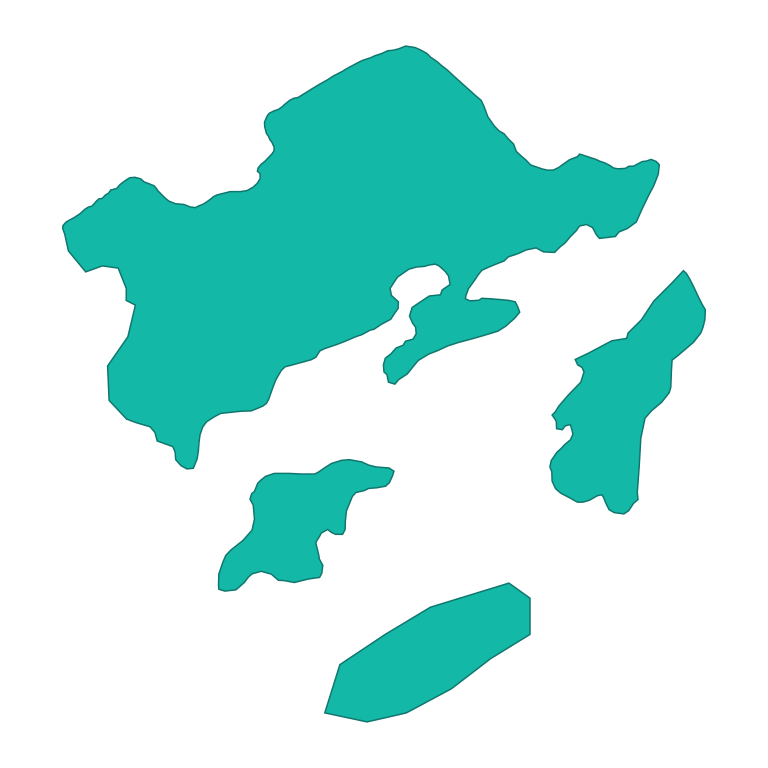 Haninge, Stockholm, Sweden
{"feature_id": "70781695B75191882374760", "entity_name": "Haninge", "entity_type": "district", "adm_level": 2, "iso_a3": "SWE", "parent_name": "Sweden", "parent_adm1": "Stockholm", "projection": "mercator", "projection_center": [18.21, 59.063], "detail": "fine", "context": "isolated", "style": "filled", "palette": "teal", "viewbox_px": 768, "rotation_deg": 0, "n_neighbors": 0, "source": "geoboundaries", "source_scale": "gbopen_adm2", "svg_char_len": 5403}
<svg xmlns="http://www.w3.org/2000/svg" viewBox="0 0 768 768"><path d="M157.2,441.0L172.8,446.6L175.1,452.0L175.7,459.7L181.1,465.7L186.9,468.9L193.3,468.3L197.1,459.0L198.4,450.7L199.0,442.5L200.0,434.8L202.8,426.8L206.7,421.7L214.6,416.6L220.7,413.4L229.3,412.5L241.1,411.2L251.3,410.9L262.8,406.1L266.6,403.2L268.9,398.7L272.7,387.9L275.9,379.6L281.3,370.4L285.1,366.8L290.9,365.3L306.2,361.1L311.0,359.8L315.8,357.3L319.9,350.9L324.4,348.7L336.8,344.5L345.1,341.3L356.3,336.5L362.0,334.6L365.5,332.7L370.0,330.2L374.1,329.2L381.2,324.4L390.7,319.3L394.9,312.9L398.1,308.5L398.4,301.8L391.4,295.4L390.1,288.4L393.6,282.9L397.4,277.2L403.2,273.1L408.9,269.2L416.6,267.0L424.5,266.4L428.7,265.1L435.1,264.1L439.2,266.0L445.3,271.5L448.5,275.9L450.1,284.5L442.1,290.0L440.5,294.8L429.3,296.0L420.1,302.1L412.1,307.5L409.5,316.1L412.4,322.8L415.6,327.3L416.2,333.7L413.1,339.1L405.4,341.3L403.2,345.2L396.1,348.0L391.0,353.8L385.3,358.2L383.4,364.9L384.0,372.0L386.9,374.5L388.5,382.2L394.9,384.1L398.7,379.6L407.3,373.9L413.7,365.9L418.2,360.5L428.7,354.1L437.0,350.9L448.1,345.8L458.0,342.6L471.1,339.1L483.3,335.6L497.8,331.2L505.7,326.2L514.7,318.2L519.7,312.2L517.7,306.7L515.2,301.8L508.2,300.3L491.3,298.8L481.8,298.3L478.8,300.3L469.9,300.8L465.4,298.8L465.9,295.8L468.4,288.8L475.3,279.3L477.8,275.3L481.8,270.3L489.3,266.9L495.3,264.4L504.2,260.9L508.2,256.9L518.7,253.4L526.2,249.9L536.1,247.9L543.6,251.9L554.6,252.4L560.1,246.9L565.1,242.9L570.5,236.5L576.0,231.0L579.5,226.0L586.5,224.5L592.5,227.5L596.5,235.0L599.5,238.4L615.4,236.5L618.9,232.0L627.4,228.5L636.3,222.0L642.3,208.5L648.8,195.1L653.8,185.6L658.3,174.1L659.3,164.7L656.1,161.4L651.0,159.4L646.7,161.0L642.1,161.6L637.8,163.9L633.7,166.1L628.8,166.3L625.3,168.4L617.7,168.8L613.6,168.0L609.4,165.2L604.7,162.9L599.5,161.1L596.2,159.5L580.1,154.2L579.4,154.2L577.5,156.7L573.4,158.2L569.1,160.0L566.1,162.2L562.4,164.7L558.9,167.4L553.4,170.0L547.7,170.2L542.4,169.0L535.7,166.7L530.6,164.9L525.7,159.8L520.4,155.3L516.3,151.4L513.6,144.1L507.7,138.2L504.0,133.7L498.9,130.8L494.4,126.1L487.9,116.9L483.8,105.9L481.2,100.4L475.2,95.3L469.1,89.8L465.4,86.5L459.3,81.0L453.4,75.7L447.3,70.0L442.2,66.1L436.8,61.4L430.7,57.3L426.8,53.4L420.7,50.0L415.0,47.5L405.6,46.1L398.5,48.9L393.2,50.2L387.6,50.8L381.5,53.6L375.0,55.7L370.7,57.7L362.5,60.4L357.2,63.0L354.7,64.4L348.4,67.7L342.3,71.4L333.5,75.9L327.2,80.0L320.1,83.9L311.7,89.0L298.0,97.5L293.7,98.3L289.9,100.2L284.5,104.5L282.5,106.5L278.4,109.4L273.7,111.0L269.2,113.3L267.2,115.9L264.5,122.2L264.7,126.7L266.4,133.4L268.4,136.2L270.0,139.8L272.1,142.6L274.2,147.4L273.9,151.1L271.7,154.2L264.7,161.5L261.1,164.3L258.1,168.0L257.4,171.4L260.0,173.3L260.2,178.4L257.3,183.3L253.1,187.2L247.0,190.6L240.3,191.6L230.3,191.6L223.5,193.3L216.8,195.0L213.4,196.7L211.2,198.6L207.3,201.5L203.3,204.1L199.0,205.8L195.5,207.6L190.3,207.0L184.0,204.5L175.4,203.7L169.0,201.2L166.4,199.1L163.5,196.5L158.0,190.9L156.2,188.2L154.1,185.8L148.7,183.6L144.3,182.0L140.6,178.8L134.9,177.3L133.0,177.5L129.8,177.7L125.3,180.6L123.1,182.2L120.0,184.6L118.0,186.9L116.8,188.4L112.9,189.5L110.8,189.9L108.6,193.1L105.1,195.3L102.3,198.4L98.9,198.9L96.4,201.1L93.8,204.2L91.7,206.2L88.1,207.2L84.6,209.5L81.6,212.3L79.9,213.8L76.1,216.3L74.0,217.7L69.7,220.0L66.3,221.9L63.0,225.5L62.7,228.1L63.5,230.9L64.7,234.0L68.4,250.9L85.7,271.9L102.3,265.9L103.2,266.0L118.2,268.1L126.3,288.5L126.2,300.4L135.4,305.1L127.9,336.7L107.6,366.0L109.1,400.4L126.6,419.1L136.0,422.6L150.1,426.8L155.0,432.6L157.2,440.9L157.2,441.0ZM645.0,418.2L651.7,410.6L661.6,402.3L669.2,392.7L670.8,387.3L671.4,371.0L672.1,360.1L678.1,355.4L693.5,342.3L700.8,333.0L703.0,327.3L704.9,319.6L705.3,309.7L702.1,304.3L698.6,297.3L694.1,287.7L689.6,278.8L686.4,273.4L683.4,270.7L671.7,283.2L653.8,301.1L641.4,319.8L628.1,333.0L626.6,338.4L611.8,340.8L588.4,353.2L575.2,359.5L577.7,364.9L582.1,367.5L584.0,372.0L580.8,382.2L568.7,394.6L558.8,406.1L555.3,411.8L552.1,415.0L554.4,418.2L556.3,421.4L556.6,428.7L562.3,429.7L565.2,425.9L570.3,424.6L571.9,429.7L572.9,434.2L570.6,439.6L564.6,444.7L561.1,448.5L556.9,452.3L551.2,460.6L549.9,467.0L551.8,471.8L552.1,481.1L555.6,488.7L560.8,493.2L570.0,498.0L577.3,502.1L583.1,502.1L589.5,500.2L597.4,495.7L601.9,494.8L603.5,497.3L606.1,503.7L609.2,509.8L614.3,512.6L623.9,513.9L628.7,510.7L633.5,503.4L638.0,499.6L637.3,492.5L639.2,466.4L640.8,438.3L645.0,418.2ZM406.3,712.9L451.5,688.7L490.8,658.5L530.0,634.4L530.0,598.2L508.9,583.1L430.4,607.2L385.2,634.4L339.9,664.6L324.8,712.9L367.0,721.9L406.3,712.9ZM393.9,471.2L389.1,468.0L376.4,467.0L368.7,465.1L361.7,461.9L349.6,459.7L341.6,460.3L331.4,463.5L325.1,467.5L318.9,471.8L314.8,474.0L301.1,474.0L289.0,473.4L274.3,473.4L265.7,476.3L261.2,479.8L257.7,483.3L254.5,491.3L251.6,493.8L250.0,499.2L253.2,505.0L254.5,519.0L252.0,530.2L243.0,540.4L230.9,550.0L225.8,555.4L222.9,562.1L218.8,574.2L218.5,585.7L218.8,589.2L224.8,591.1L236.0,589.8L244.3,582.5L248.4,577.1L252.0,573.9L261.2,571.3L271.4,574.2L278.4,580.3L284.2,580.6L294.4,582.5L308.4,579.0L319.6,577.4L321.8,573.2L322.8,565.3L319.3,558.9L318.9,555.7L317.3,549.0L315.8,542.9L317.0,540.4L319.3,536.9L321.2,533.1L327.6,529.5L331.4,532.4L335.5,534.3L342.6,534.3L345.1,529.5L345.4,520.6L346.4,511.0L348.6,505.6L352.4,496.4L355.9,492.5L364.2,490.6L368.7,488.4L376.7,487.8L385.6,486.2L389.4,482.6L392.6,475.6L393.9,471.2Z" fill="#14b8a6" stroke="#0f766e" stroke-width="1.5"/></svg>